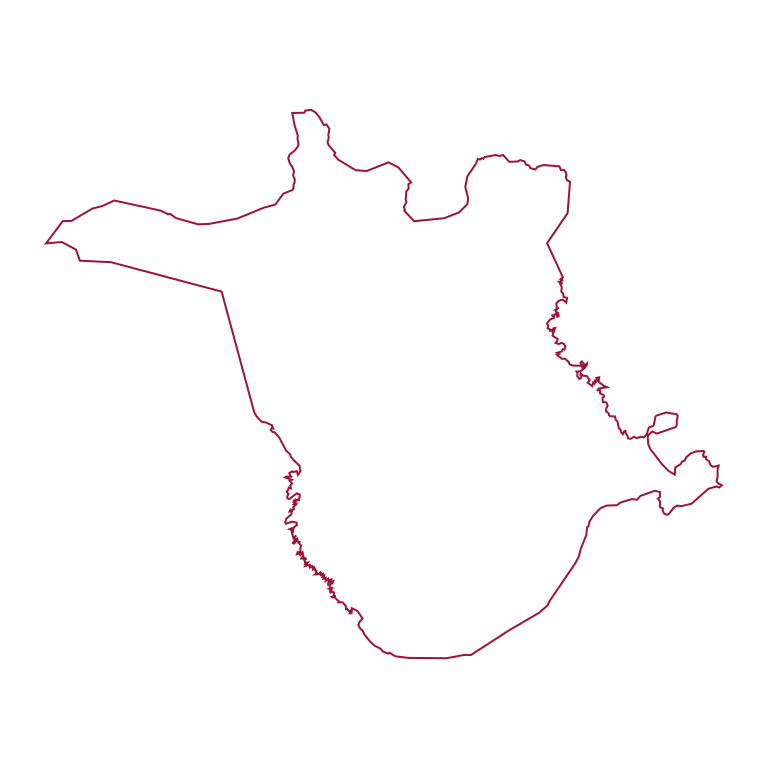 Davst, Uvs, Mongolia (orthographic projection)
{"feature_id": "93677404B415729533363", "entity_name": "Davst", "entity_type": "district", "adm_level": 2, "iso_a3": "MNG", "parent_name": "Mongolia", "parent_adm1": "Uvs", "projection": "orthographic", "projection_center": [92.742, 50.438], "detail": "fine", "context": "isolated", "style": "outline", "palette": "rose", "viewbox_px": 768, "rotation_deg": 0, "n_neighbors": 0, "source": "geoboundaries", "source_scale": "gbopen_adm2", "svg_char_len": 6107}
<svg xmlns="http://www.w3.org/2000/svg" viewBox="0 0 768 768"><path d="M79.9,260.7L111.0,262.2L221.6,291.6L254.1,411.8L256.5,416.3L261.4,421.7L266.0,422.5L272.0,425.3L273.1,428.5L271.7,428.1L270.8,429.9L272.4,431.9L274.7,432.3L279.2,437.5L286.0,450.4L290.2,454.4L290.8,456.7L294.0,460.5L299.6,465.8L300.4,471.1L297.9,475.0L296.8,471.2L293.3,472.1L292.3,471.3L289.3,473.1L290.3,475.8L292.1,476.8L286.4,476.5L285.0,477.4L291.8,479.8L289.7,480.7L292.1,483.5L290.3,485.6L290.9,488.4L288.8,487.6L287.9,490.4L286.8,491.2L286.8,492.3L288.6,494.0L287.3,496.3L287.3,498.3L289.3,499.1L296.8,493.3L299.8,494.6L299.1,500.1L297.7,499.5L296.5,500.6L295.4,499.6L294.9,500.7L293.7,500.7L293.6,501.8L295.2,501.1L295.8,502.5L294.0,504.1L296.3,504.2L293.1,507.4L294.0,509.1L292.5,510.1L290.6,509.5L289.6,511.5L291.8,511.1L291.4,514.3L286.2,518.8L285.2,522.4L285.8,523.7L292.1,521.7L296.6,522.6L296.9,525.0L293.9,527.3L293.1,530.7L292.0,528.2L289.6,529.2L292.0,530.0L291.6,531.6L293.4,537.8L296.3,535.4L294.1,537.6L294.4,539.2L295.4,538.9L292.9,543.1L294.2,543.6L297.3,539.5L297.5,541.3L299.4,542.0L298.5,542.9L301.2,545.5L300.2,548.7L300.8,552.9L297.8,551.9L297.0,554.1L298.9,553.3L300.4,555.2L302.6,552.4L303.6,556.9L302.3,556.8L301.4,558.6L305.6,558.2L305.8,559.3L304.3,559.9L305.0,562.3L306.2,562.4L305.5,563.5L307.6,562.7L305.4,566.0L310.6,564.6L309.6,565.5L309.8,567.5L312.2,566.2L312.3,567.1L313.3,567.0L312.6,568.0L312.9,569.4L314.3,568.0L315.2,569.0L315.1,570.3L316.5,570.9L315.9,572.1L317.0,573.1L315.2,574.4L318.9,574.2L320.4,572.4L321.1,573.0L320.4,573.6L320.9,575.0L322.8,574.0L322.3,576.5L324.1,575.5L323.4,578.6L325.7,577.8L325.6,580.9L328.2,578.8L328.4,580.3L331.5,579.4L331.4,582.7L333.0,581.6L332.5,583.1L330.9,584.1L330.2,581.3L329.5,581.0L329.0,581.6L329.9,582.4L328.2,583.1L328.0,584.5L329.2,585.1L330.2,587.4L331.9,588.0L329.2,588.9L331.5,589.6L331.5,590.8L330.1,591.2L330.5,592.6L333.5,592.0L334.1,593.0L334.0,596.0L331.8,596.8L332.9,597.5L335.0,596.4L335.2,598.0L339.2,601.6L338.6,602.3L342.5,602.3L345.8,605.9L346.1,609.0L347.0,608.7L349.1,611.1L350.2,610.7L349.7,613.4L351.6,613.2L351.9,608.2L357.6,611.2L362.6,618.6L359.7,621.7L358.4,624.5L358.8,626.2L360.9,629.4L362.3,630.0L364.7,634.9L370.3,641.8L374.8,645.9L380.3,648.5L382.9,651.5L388.4,653.6L389.4,652.7L395.4,656.3L408.4,657.9L446.6,658.2L463.8,655.0L471.1,654.9L508.3,630.8L539.0,612.8L547.6,605.4L549.3,601.5L575.3,563.2L578.6,557.0L581.0,548.2L586.3,535.1L587.1,527.2L588.5,526.2L589.3,522.0L592.9,516.0L600.6,508.1L606.4,505.6L616.7,505.2L621.1,502.3L632.0,499.1L636.9,499.8L640.5,495.9L655.0,490.7L659.9,492.1L660.0,496.9L657.9,498.6L660.0,501.5L659.9,507.1L662.9,508.5L662.6,510.3L664.0,513.4L666.7,514.8L668.9,513.9L673.6,507.9L677.0,505.6L681.5,506.1L691.4,503.8L708.5,488.7L716.2,486.5L719.1,487.5L721.9,485.3L718.0,483.3L716.6,481.3L717.6,476.7L717.6,469.2L718.7,465.6L712.8,466.8L710.7,465.3L708.9,461.1L705.9,459.0L706.2,456.7L703.6,456.9L703.1,454.5L704.4,451.7L703.7,451.0L695.9,451.4L690.5,453.5L686.4,457.2L684.7,460.5L682.2,461.4L680.5,464.2L675.2,467.6L674.8,474.6L668.8,471.1L662.4,464.7L650.4,449.1L648.3,444.5L647.7,437.1L648.4,435.0L652.2,431.5L656.9,433.6L675.8,427.0L676.9,424.3L676.7,420.5L677.5,417.8L677.6,415.5L676.5,414.2L666.1,412.5L656.4,415.6L655.5,416.5L653.9,424.5L653.1,425.9L648.8,427.6L646.9,433.9L644.0,437.5L640.9,436.7L637.1,438.1L633.8,436.8L630.6,438.8L628.2,438.5L627.4,435.5L625.6,433.1L625.4,430.8L623.9,431.6L622.8,434.2L621.1,432.3L620.3,429.3L618.8,428.4L617.4,421.2L615.5,419.6L615.1,416.5L610.0,416.2L608.9,415.2L608.7,413.4L606.0,411.1L606.3,408.2L607.7,405.7L606.3,402.4L602.8,401.9L602.5,397.7L604.0,396.5L603.6,395.0L600.0,393.4L600.1,390.4L597.7,390.2L598.7,388.5L607.1,387.2L603.5,385.7L598.6,381.7L599.2,377.3L596.4,377.9L597.4,380.1L595.7,382.1L595.6,380.2L594.8,380.5L594.4,383.8L593.1,382.7L592.2,386.1L587.7,382.7L589.8,380.3L586.9,376.1L583.2,375.7L580.8,373.4L580.4,374.8L581.5,375.7L580.9,378.1L579.3,378.9L577.3,376.2L577.4,372.9L576.5,371.6L580.2,371.4L584.3,368.5L586.9,364.8L587.0,363.5L582.4,367.6L582.0,366.8L583.8,363.6L581.9,361.4L580.6,362.4L581.0,364.2L580.5,365.7L572.6,365.6L569.5,364.2L568.8,362.1L565.0,358.7L561.9,358.8L556.9,354.8L559.1,354.0L557.0,352.8L561.6,351.5L562.8,349.3L564.5,349.6L565.4,346.5L564.1,344.0L561.7,342.9L558.6,344.0L555.6,342.9L557.4,340.8L557.7,339.0L552.5,335.7L555.1,327.9L553.5,328.3L552.3,331.4L551.6,330.0L550.1,330.9L549.6,329.2L547.6,328.3L548.3,325.9L546.9,323.6L550.2,319.4L554.1,317.9L554.0,316.5L551.5,315.1L554.4,315.4L555.3,313.8L556.9,313.6L557.2,316.7L558.6,316.4L558.3,313.0L556.6,312.4L555.8,311.0L556.6,309.8L555.5,309.7L558.1,308.2L556.7,307.0L556.4,303.3L559.2,300.6L562.9,299.6L566.2,302.6L567.1,297.9L563.7,297.0L563.0,293.3L561.3,291.7L561.8,287.1L559.7,282.9L562.5,283.7L559.7,281.9L561.3,281.9L561.0,280.7L562.3,280.4L562.1,278.8L561.0,278.9L562.8,277.2L547.1,243.2L567.6,213.1L570.0,181.8L566.7,180.0L565.8,176.5L566.5,175.4L566.0,172.6L564.0,170.0L561.0,170.2L559.4,166.4L543.5,165.0L537.3,167.0L535.5,169.5L530.4,168.2L529.2,165.7L526.0,164.5L524.5,161.4L520.2,160.1L517.6,161.5L509.2,161.8L503.0,154.9L500.1,156.0L495.5,155.1L484.6,157.0L483.3,158.8L481.9,158.2L480.0,159.6L478.0,158.8L475.6,164.2L467.3,176.4L465.3,186.9L468.1,198.1L467.4,204.1L459.1,212.4L444.2,218.2L414.1,221.2L404.2,210.6L404.8,209.3L404.0,206.7L406.5,201.9L405.7,199.8L406.3,191.3L408.6,188.6L408.4,184.2L411.1,182.4L398.3,167.3L388.5,162.4L366.8,171.0L355.6,170.2L338.3,159.7L334.0,154.9L335.3,152.9L328.6,145.1L327.5,142.4L328.8,137.7L328.3,135.3L329.4,128.8L326.6,124.6L323.7,125.0L319.5,117.3L315.4,112.3L311.0,109.8L305.3,110.6L304.4,112.7L292.2,113.0L294.7,125.8L297.8,135.4L297.5,138.4L298.5,144.1L298.0,146.4L294.8,150.5L289.7,154.5L288.2,158.1L290.0,163.8L292.4,167.0L294.0,171.5L293.1,175.4L294.8,179.6L294.5,182.8L293.5,184.6L293.5,188.5L292.7,189.9L283.3,193.7L275.3,204.6L264.3,207.5L237.2,218.6L209.0,223.9L198.1,224.3L175.7,218.0L170.3,213.9L168.0,214.3L161.1,210.7L114.2,200.5L102.2,206.1L92.5,208.5L71.5,220.9L62.7,221.2L46.1,243.4L61.7,242.0L76.0,249.6L79.9,260.7Z" fill="none" stroke="#9f1239" stroke-width="2"/></svg>